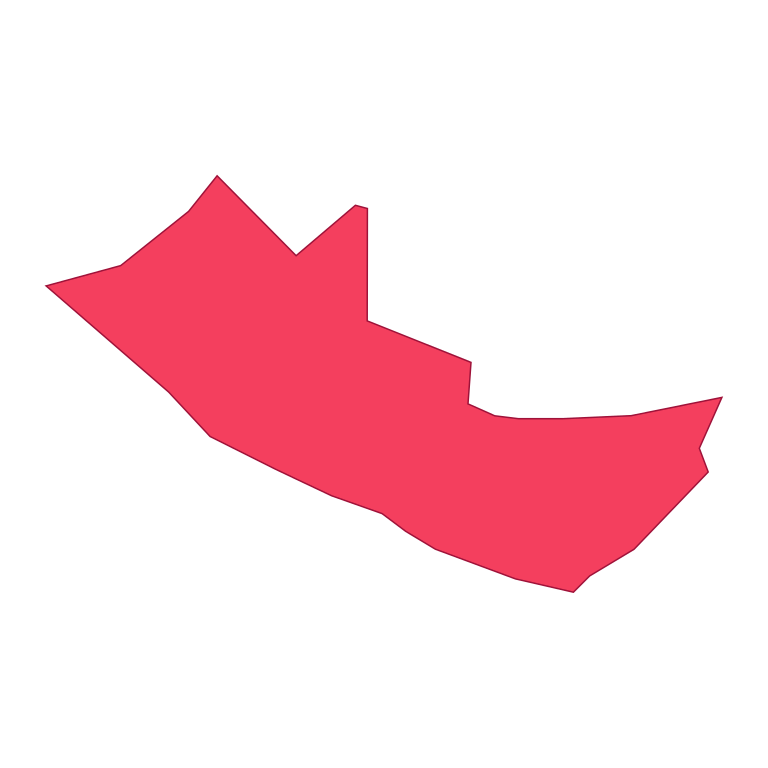 the district of Mapo-gu, Seoul, South Korea
{"feature_id": "91817680B14643286354390", "entity_name": "Mapo-gu", "entity_type": "district", "adm_level": 2, "iso_a3": "KOR", "parent_name": "South Korea", "parent_adm1": "Seoul", "projection": "orthographic", "projection_center": [126.921, 37.552], "detail": "fine", "context": "isolated", "style": "filled", "palette": "rose", "viewbox_px": 768, "rotation_deg": 0, "n_neighbors": 0, "source": "geoboundaries", "source_scale": "gbopen_adm2", "svg_char_len": 490}
<svg xmlns="http://www.w3.org/2000/svg" viewBox="0 0 768 768"><path d="M46.1,285.9L168.6,392.0L210.1,436.5L275.3,469.1L295.5,478.7L331.7,495.8L382.1,513.6L405.8,531.4L435.4,549.2L515.5,578.9L573.4,592.2L589.7,575.9L634.1,549.2L708.2,472.0L699.3,448.3L721.9,397.4L631.1,415.7L562.9,418.7L518.5,418.7L494.7,415.8L468.0,403.9L471.0,362.4L367.2,320.9L367.4,208.5L355.4,205.3L296.1,255.7L217.1,175.8L188.6,211.4L120.7,265.6L46.1,285.9Z" fill="#f43f5e" stroke="#9f1239" stroke-width="1.5"/></svg>